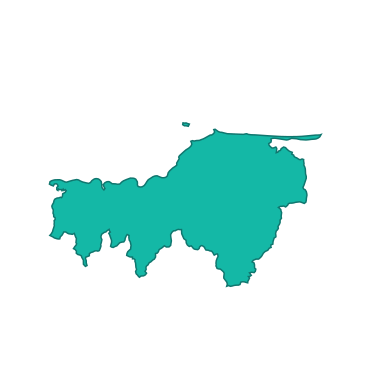 outline of Cananéia, São Paulo, Brazil, rotated 227°
{"feature_id": "56859067B70757280308936", "entity_name": "Cananéia", "entity_type": "district", "adm_level": 2, "iso_a3": "BRA", "parent_name": "Brazil", "parent_adm1": "São Paulo", "projection": "robinson", "projection_center": [-47.991, -25.035], "detail": "fine", "context": "isolated", "style": "filled", "palette": "teal", "viewbox_px": 384, "rotation_deg": 227, "n_neighbors": 0, "source": "geoboundaries", "source_scale": "gbopen_adm2", "svg_char_len": 6016}
<svg xmlns="http://www.w3.org/2000/svg" viewBox="0 0 384 384"><g transform="rotate(227 192 192)"><path d="M87.6,170.8L88.6,171.9L89.1,173.5L89.8,175.3L91.7,175.6L90.9,176.6L90.6,178.5L93.7,178.9L92.6,181.0L90.7,182.4L90.8,184.2L92.1,186.1L93.4,185.8L95.0,187.0L96.0,188.0L97.9,189.0L99.9,188.3L100.3,190.1L99.3,193.0L97.5,195.0L97.4,197.6L97.6,199.3L98.6,202.5L98.6,204.9L97.7,207.7L98.2,210.2L97.5,212.1L98.6,212.6L99.5,213.9L98.7,215.5L100.5,217.5L102.3,220.6L102.0,222.8L103.4,224.0L104.5,224.7L106.0,226.9L106.1,229.0L106.6,230.4L108.1,231.3L108.9,234.2L109.6,235.6L111.4,237.3L111.8,239.5L113.5,240.7L115.8,243.5L117.3,244.1L118.7,245.0L120.4,244.9L121.8,244.7L121.3,246.8L120.3,247.9L119.2,249.5L117.2,250.3L117.1,252.8L117.7,254.6L117.0,256.1L115.8,257.4L114.8,258.8L113.7,260.9L111.4,264.0L110.2,264.8L107.1,266.3L106.9,268.3L108.0,269.9L109.5,271.5L111.2,273.8L112.2,274.6L114.2,275.8L116.4,276.3L118.1,275.7L119.7,276.3L120.6,278.5L124.1,284.9L125.5,286.2L127.8,287.4L131.6,290.6L133.3,291.5L135.4,292.1L136.5,293.4L138.6,294.8L139.6,295.8L141.1,295.0L141.7,293.3L142.8,292.5L145.5,291.9L146.9,291.2L148.3,290.9L149.6,291.5L151.7,290.8L152.6,292.4L155.2,291.1L157.5,290.7L159.2,290.6L160.6,290.7L162.4,289.7L162.9,286.8L162.1,285.1L162.8,283.6L162.6,281.8L163.3,280.4L164.5,282.0L166.1,283.7L167.7,284.0L168.8,281.3L169.9,280.4L172.3,280.2L173.7,280.3L175.1,281.1L174.6,283.7L175.5,285.0L176.9,285.8L176.5,287.2L175.3,288.8L174.0,290.0L165.6,296.6L164.7,297.9L163.3,301.4L159.7,304.7L156.4,307.0L152.3,310.9L150.6,313.1L149.1,315.2L146.7,318.2L146.0,319.4L145.4,321.2L145.2,323.1L146.0,325.6L146.7,324.1L149.0,321.6L151.8,318.0L154.0,315.1L158.0,310.0L161.4,306.0L167.3,299.6L172.3,294.5L181.3,285.9L190.2,277.6L193.5,274.3L195.8,272.4L197.2,271.8L198.2,270.5L198.8,269.3L199.6,268.4L203.4,264.6L210.5,257.6L213.7,255.5L215.3,254.5L216.7,253.2L218.5,252.4L222.1,251.7L222.8,250.5L221.7,250.1L220.3,249.3L220.0,247.3L220.3,245.2L221.2,244.2L222.7,238.1L223.2,236.4L224.0,234.5L224.7,232.6L226.7,230.2L227.8,228.3L229.3,227.3L229.9,225.7L228.3,225.2L227.1,224.4L226.4,223.0L226.2,220.6L226.5,218.3L226.9,216.6L227.0,214.7L227.1,207.6L226.6,206.1L225.1,205.4L223.6,200.5L222.1,199.3L222.1,197.6L222.7,194.3L222.7,189.9L222.3,187.7L221.2,186.0L220.5,184.6L220.7,182.7L221.6,181.2L222.9,179.8L224.6,178.9L227.7,177.5L229.0,175.8L229.8,173.9L230.8,168.4L230.4,166.1L229.7,163.7L229.3,161.4L229.8,159.1L230.8,157.7L232.1,156.7L233.4,156.4L234.7,157.1L235.6,158.1L236.8,159.0L239.7,159.6L241.0,159.2L242.1,158.5L244.2,156.4L245.8,152.6L246.9,149.5L247.2,147.5L247.1,144.5L248.6,142.7L249.9,141.8L252.6,139.2L254.6,138.9L256.2,138.4L257.5,136.9L258.2,134.7L257.9,132.2L256.2,131.3L253.9,130.7L253.6,129.0L255.3,129.0L256.6,129.2L257.9,130.1L259.0,131.1L261.7,132.8L264.0,132.8L265.4,132.4L266.8,131.4L267.8,130.2L268.3,128.9L268.6,126.5L268.2,124.2L268.7,122.4L270.6,121.0L274.0,118.8L276.3,117.8L278.1,117.3L279.7,116.2L281.9,112.7L283.3,110.0L284.7,107.0L286.0,106.0L289.5,104.6L291.2,103.6L293.9,100.6L294.8,99.4L295.9,97.2L296.4,95.3L295.0,93.1L293.2,93.6L291.0,94.7L291.7,96.8L290.6,98.4L289.4,98.7L287.6,98.1L287.5,96.2L285.9,94.7L284.5,95.0L285.3,96.4L284.1,96.7L282.9,98.1L281.6,97.8L282.0,99.7L280.5,99.3L280.2,100.9L278.8,100.9L278.2,99.1L278.9,96.2L277.3,94.4L276.8,92.8L277.9,92.2L278.5,90.6L279.6,89.2L280.3,86.9L279.9,85.4L278.4,83.1L278.1,81.7L277.3,79.9L275.6,78.9L273.6,78.4L272.7,77.5L271.3,75.9L269.8,75.4L268.2,74.0L266.7,74.4L265.2,73.2L265.1,71.6L263.8,70.7L262.5,69.2L261.2,68.3L259.0,64.3L258.2,63.2L257.4,60.6L257.2,58.4L254.1,59.6L252.3,60.0L250.0,61.3L248.9,62.1L247.9,63.3L249.0,65.0L249.1,67.7L250.2,71.0L248.9,72.4L246.6,72.9L245.3,73.5L244.0,74.6L242.6,75.7L242.0,77.7L238.5,76.2L236.9,75.8L234.1,72.6L232.9,72.4L232.2,71.0L232.0,69.1L231.4,66.7L229.7,67.3L227.7,67.2L226.1,65.6L224.1,65.9L222.4,67.0L220.8,67.5L219.3,66.8L216.3,66.1L213.2,63.3L210.3,63.3L209.8,65.1L211.3,65.8L212.6,66.6L213.7,67.7L215.9,68.7L216.8,69.7L215.4,73.4L216.9,74.9L216.7,76.7L215.7,78.7L215.2,80.7L214.2,82.0L212.9,82.9L212.4,84.3L213.5,86.7L214.6,88.6L215.9,89.4L216.8,91.1L218.6,93.6L220.8,94.4L221.8,95.4L222.7,97.2L222.3,100.3L221.5,101.9L221.6,103.5L221.2,105.9L219.8,105.1L218.4,104.9L218.6,103.0L216.6,102.5L215.0,101.7L212.6,100.7L211.3,100.0L210.1,98.9L207.8,95.4L206.6,95.6L205.2,96.5L204.6,98.7L203.9,100.2L204.2,104.5L203.2,106.5L202.0,108.1L202.6,110.3L203.6,111.4L204.6,113.5L205.1,115.6L203.2,116.3L201.7,114.7L199.5,113.2L197.9,113.0L194.5,111.0L193.1,109.2L192.1,108.2L192.2,106.3L192.1,104.2L191.3,102.4L190.2,101.0L188.0,101.8L186.6,102.5L185.0,104.1L183.7,102.9L182.8,104.0L181.3,104.2L180.4,103.1L178.6,102.3L175.1,99.6L173.2,98.7L172.3,96.5L170.3,95.4L168.4,95.5L166.8,95.3L165.5,95.4L165.3,97.4L163.7,99.4L163.2,101.4L163.6,103.4L166.0,103.5L166.6,105.6L168.4,107.0L168.9,108.4L168.7,110.0L169.5,112.6L169.0,114.1L169.0,117.0L168.6,118.7L169.3,121.0L171.9,123.4L171.0,124.9L171.2,126.5L172.3,128.8L171.9,130.5L171.6,132.5L171.5,135.1L170.3,135.4L169.2,135.8L167.5,137.8L167.5,140.0L168.5,141.2L170.3,143.6L173.7,145.9L175.4,147.3L176.2,149.7L176.2,152.0L175.1,153.3L174.7,155.1L173.9,156.6L172.7,157.5L171.7,158.7L168.5,156.0L163.4,154.2L160.7,154.7L158.7,153.1L156.6,152.5L155.2,152.6L154.0,152.9L153.2,154.7L151.1,154.7L149.6,154.5L148.1,155.1L147.0,156.0L145.9,156.9L145.8,158.6L146.7,160.3L146.5,162.2L145.5,163.0L143.1,163.4L141.7,162.9L140.1,162.6L138.3,164.2L136.7,164.9L135.4,166.0L133.5,165.9L132.1,165.5L130.7,165.2L130.1,167.4L129.3,168.4L127.2,167.3L126.3,165.0L125.2,162.9L123.6,161.0L122.4,160.2L121.6,159.1L120.2,158.7L119.0,158.2L117.6,159.0L116.2,160.2L113.4,160.5L111.7,160.5L110.5,160.0L108.2,157.3L107.2,156.5L102.4,156.0L100.5,155.0L99.4,153.1L98.6,155.0L96.9,155.7L95.9,157.2L95.0,159.0L93.8,160.7L92.2,162.5L91.6,164.0L92.8,166.2L92.0,167.6L90.7,168.9L88.8,170.0L87.6,170.8ZM245.0,235.5L246.5,234.8L247.6,233.4L248.7,232.6L247.6,231.1L245.6,231.6L244.4,232.9L242.6,234.1L243.5,236.4L245.0,235.5Z" fill="#14b8a6" stroke="#0f766e" stroke-width="1.5"/></g></svg>